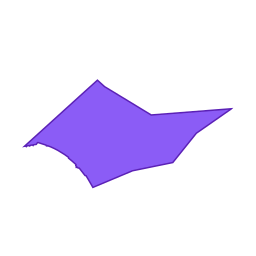 63, Qatar (Natural Earth projection), rotated 80°
{"feature_id": "91078587B45177861896297", "entity_name": "63", "entity_type": "district", "adm_level": 2, "iso_a3": "QAT", "parent_name": "Qatar", "parent_adm1": "", "projection": "natural_earth1", "projection_center": [51.521, 25.322], "detail": "fine", "context": "isolated", "style": "filled", "palette": "violet", "viewbox_px": 256, "rotation_deg": 80, "n_neighbors": 0, "source": "geoboundaries", "source_scale": "gbopen_adm2", "svg_char_len": 762}
<svg xmlns="http://www.w3.org/2000/svg" viewBox="0 0 256 256"><g transform="rotate(80 128 128)"><path d="M75.6,149.8L88.2,169.9L128.0,233.1L128.0,232.1L128.7,231.4L128.1,230.7L128.1,228.6L128.7,227.9L128.1,227.3L128.1,225.2L128.8,224.5L128.1,223.9L128.2,221.2L126.7,219.7L126.7,219.1L130.6,211.7L130.8,211.7L131.1,211.6L131.4,211.5L131.5,211.2L131.6,210.8L131.7,210.5L131.5,210.2L133.1,207.5L135.3,204.3L137.9,200.9L139.5,199.1L142.7,195.5L146.5,191.7L147.4,191.8L150.9,188.8L154.9,185.6L156.0,186.0L156.8,185.5L157.8,185.8L158.0,184.6L158.8,184.1L159.0,183.0L167.3,178.6L167.7,177.6L172.4,175.8L180.4,172.9L170.9,131.0L169.8,89.9L145.0,61.6L127.2,23.2L127.0,22.9L119.2,102.9L83.2,143.9L75.6,149.8Z" fill="#8b5cf6" stroke="#5b21b6" stroke-width="1.5"/></g></svg>